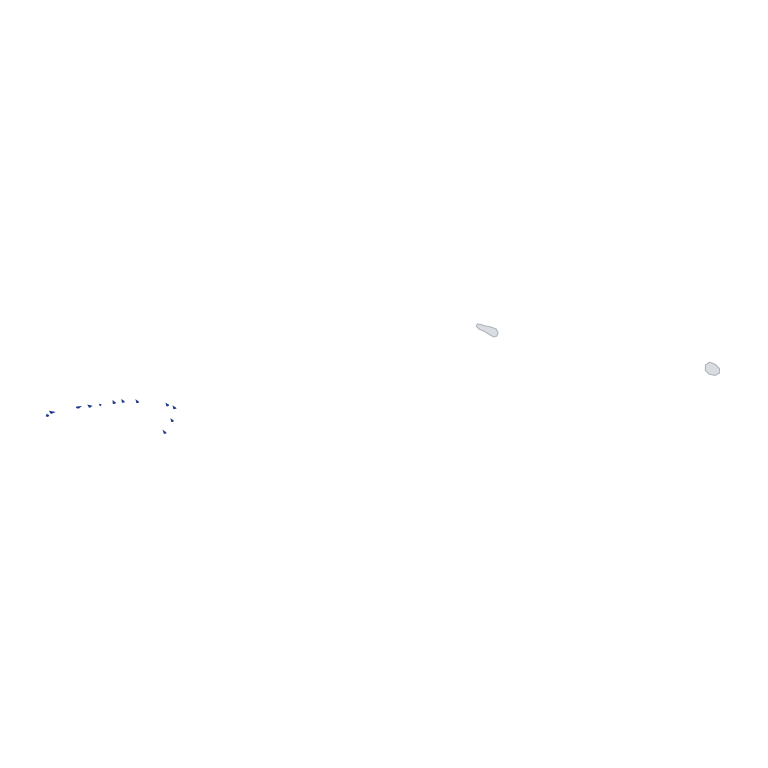 location of Raa within Maldives, rotated 275°
{"feature_id": "MDV-5226", "entity_name": "Raa", "entity_type": "Atoll", "adm_level": 1, "iso_a3": "MDV", "parent_name": "Maldives", "parent_adm1": "", "projection": "natural_earth1", "projection_center": [72.972, 5.719], "detail": "fine", "context": "in_parent", "style": "filled", "palette": "blue", "viewbox_px": 768, "rotation_deg": 275, "n_neighbors": 0, "source": "natural_earth", "source_scale": "10m", "svg_char_len": 1621}
<svg xmlns="http://www.w3.org/2000/svg" viewBox="0 0 768 768"><g transform="rotate(275 384 384)"><path d="M448.6,490.9L445.0,493.2L441.6,492.3L440.4,489.4L442.1,485.2L445.0,479.8L446.9,473.9L449.8,470.8L452.0,471.8L451.7,475.1L450.7,479.7L450.1,485.5L448.6,490.9ZM428.7,716.8L424.2,717.3L421.4,713.1L422.1,707.1L425.5,702.9L431.0,702.6L434.1,706.4L432.5,712.2L428.7,716.8Z" fill="#d9dde1" stroke="#a8b0b8" stroke-width="1"/><path d="M327.3,54.0L327.0,57.0L326.1,55.4L326.2,54.7L327.3,54.0ZM334.0,79.4L334.0,79.5L334.6,82.8L333.8,82.0L333.6,81.3L334.0,79.4ZM336.7,91.7L336.4,93.9L335.8,93.3L335.5,92.9L335.5,92.5L336.1,92.1L336.7,91.7ZM342.7,116.0L342.3,116.5L342.2,117.1L342.0,117.5L341.5,117.5L341.3,116.3L341.6,116.0L342.1,116.1L342.7,116.0ZM323.9,51.1L323.6,51.5L323.5,52.0L323.4,52.3L323.0,52.1L322.7,51.9L322.7,50.9L322.9,50.7L323.4,51.0L323.9,51.1ZM342.7,176.5L342.4,177.0L342.1,177.9L341.8,178.2L341.4,177.1L341.6,176.7L342.1,176.7L342.7,176.5ZM317.3,169.0L317.0,169.5L316.9,170.0L316.7,170.4L316.3,170.6L316.0,169.5L316.2,169.3L316.7,169.3L317.3,169.0ZM344.9,169.3L344.6,169.8L344.4,170.3L344.3,170.7L343.9,170.8L343.6,170.0L343.6,169.8L343.8,169.5L344.3,169.5L344.9,169.3ZM345.5,139.1L345.2,139.6L345.1,140.1L344.9,140.4L344.5,140.6L344.2,139.6L344.5,139.3L345.0,139.3L345.5,139.1ZM344.6,124.8L344.3,125.2L344.2,125.7L344.0,126.1L343.6,126.3L343.3,125.2L343.6,125.0L344.1,124.9L344.6,124.8ZM329.7,175.5L329.4,176.0L329.2,176.4L329.1,176.8L328.7,176.9L328.4,176.0L328.6,175.7L329.1,175.7L329.7,175.5ZM338.8,102.1L338.6,103.3L338.0,104.0L338.8,102.1Z" fill="#3b82f6" stroke="#1e3a8a" stroke-width="1.5"/></g></svg>